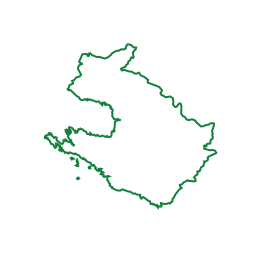 map outline of Liaoning (orthographic projection), rotated 63°
{"feature_id": "CHN-1813", "entity_name": "Liaoning", "entity_type": "Province", "adm_level": 1, "iso_a3": "CHN", "parent_name": "China", "parent_adm1": "", "projection": "orthographic", "projection_center": [122.279, 41.097], "detail": "fine", "context": "isolated", "style": "outline", "palette": "green", "viewbox_px": 256, "rotation_deg": 63, "n_neighbors": 0, "source": "natural_earth", "source_scale": "10m", "svg_char_len": 5934}
<svg xmlns="http://www.w3.org/2000/svg" viewBox="0 0 256 256"><g transform="rotate(63 128 128)"><path d="M213.1,134.4L211.7,136.1L212.7,137.4L210.9,137.7L209.9,137.0L209.6,137.2L209.3,139.0L207.4,139.5L207.1,140.8L206.2,141.0L206.1,142.2L203.1,141.8L202.2,142.9L196.5,145.7L196.3,146.6L197.1,147.8L197.0,148.2L194.3,148.4L193.3,147.5L191.0,150.6L189.5,151.4L188.8,153.4L187.1,154.0L185.3,155.4L184.8,156.5L180.1,160.9L180.2,163.5L178.6,166.1L174.2,169.5L173.4,168.9L172.6,169.7L170.8,170.4L169.7,169.4L168.3,170.0L166.3,169.5L165.4,170.2L164.1,169.8L162.1,168.3L162.4,166.9L161.8,167.4L160.8,171.4L160.1,171.9L159.6,171.2L158.8,171.0L156.7,173.4L156.2,172.7L156.4,170.1L155.9,170.3L156.0,170.6L155.6,171.3L153.8,171.8L152.7,170.6L152.3,171.0L152.2,170.4L151.8,170.9L152.6,172.5L151.1,172.5L151.0,172.8L152.7,174.0L151.5,175.0L149.1,175.5L148.6,174.7L147.3,175.2L146.1,175.0L145.3,175.5L145.7,176.0L144.9,177.3L144.4,177.0L142.6,177.5L142.0,177.1L140.2,179.0L137.9,180.4L136.9,180.0L135.4,182.1L134.7,181.5L134.5,182.5L132.4,183.8L130.5,184.0L127.8,186.0L127.2,187.1L126.8,186.9L126.5,188.1L123.3,190.9L123.0,192.3L124.5,192.7L123.6,192.9L121.5,194.3L121.4,195.6L120.0,195.5L118.8,196.4L117.8,195.9L117.4,196.2L118.1,196.5L118.3,197.3L115.9,196.3L116.1,197.1L117.6,198.2L117.0,199.2L116.4,199.3L115.5,198.4L114.5,196.8L113.2,196.5L113.1,196.9L113.6,197.5L112.1,197.2L110.9,197.7L111.5,197.8L111.4,198.7L109.7,199.5L112.4,200.5L112.7,201.7L112.5,202.1L111.9,201.8L111.4,202.2L108.8,202.2L107.0,203.8L103.4,203.6L101.9,204.4L100.6,204.1L100.1,204.8L100.8,204.8L99.1,206.6L98.4,206.4L97.4,205.0L98.1,204.3L97.4,202.7L97.5,202.1L98.5,201.1L98.4,200.7L96.8,200.5L97.6,199.3L99.2,198.9L100.2,199.4L102.1,198.5L103.2,198.5L103.2,196.6L104.2,196.0L105.0,196.2L105.6,197.0L106.6,197.0L111.9,194.6L112.4,193.6L112.1,193.0L111.1,191.7L109.9,191.2L110.3,190.9L110.1,190.2L110.9,189.7L109.8,188.8L110.4,188.4L111.3,188.8L112.1,188.4L113.6,187.2L113.5,186.6L114.7,185.3L116.2,185.5L118.9,184.4L118.6,183.8L116.5,184.7L112.9,184.4L113.1,185.3L108.2,185.4L107.4,184.6L106.6,181.8L106.0,180.7L103.9,180.2L102.6,180.9L100.9,180.4L100.5,179.9L102.7,177.7L106.3,177.1L106.9,176.6L106.7,176.1L107.6,175.9L108.3,177.1L108.5,176.9L108.6,176.4L108.3,175.9L108.9,175.1L108.6,174.6L107.8,174.5L106.6,172.7L107.3,172.2L106.9,170.7L107.9,170.2L108.6,169.0L110.6,168.7L111.2,167.9L112.4,167.0L114.7,167.1L115.6,165.6L117.2,164.8L117.2,163.9L116.0,163.7L117.4,163.1L118.6,161.9L118.7,161.1L120.3,160.4L120.6,159.3L120.2,158.3L121.4,158.0L122.7,157.0L123.1,155.8L123.1,154.3L125.8,151.9L125.6,150.4L126.7,150.3L126.8,149.5L127.7,148.9L128.0,147.9L127.4,146.5L126.1,145.4L124.2,144.5L123.9,143.9L124.7,142.9L124.8,141.8L124.5,141.3L123.5,142.0L121.7,139.8L116.8,137.0L116.2,133.1L117.0,132.5L117.4,131.8L117.2,131.5L114.9,133.5L115.0,134.4L114.0,136.4L109.9,136.6L108.3,135.3L106.7,135.1L106.2,134.2L104.5,133.3L103.0,134.6L102.3,134.5L102.0,133.9L101.6,134.4L101.1,133.7L99.9,133.8L97.5,135.8L97.5,136.9L97.1,137.2L97.2,137.7L96.7,137.9L96.2,136.9L95.0,136.9L94.5,137.6L94.7,138.3L93.8,139.3L93.9,139.8L95.3,139.9L95.9,140.5L94.5,140.8L93.9,141.4L91.0,141.9L90.3,144.4L87.2,146.9L86.7,148.1L85.3,148.7L85.1,150.1L83.8,150.8L83.8,151.6L84.9,151.4L84.9,152.0L82.7,153.2L82.7,155.8L81.8,157.0L80.9,157.6L77.7,158.0L76.5,159.1L68.5,161.9L67.6,162.5L67.5,163.8L65.9,164.1L65.3,162.6L63.9,161.5L63.3,160.6L63.4,156.8L62.5,156.4L60.7,156.6L60.8,154.4L59.5,151.1L60.1,147.7L59.2,145.6L52.4,145.7L51.1,144.7L49.9,142.6L50.1,140.0L49.4,139.9L48.2,141.1L46.8,141.5L41.6,135.2L43.2,131.2L43.7,131.0L45.1,131.4L45.9,130.7L45.8,129.9L43.9,128.8L44.2,127.8L46.5,127.1L49.9,124.2L51.3,122.4L51.7,121.1L55.1,117.8L55.6,116.7L55.9,115.0L55.7,113.0L55.1,109.8L54.2,108.4L54.0,104.5L54.2,102.5L54.9,101.5L54.8,98.3L56.0,96.3L56.2,94.5L56.0,93.8L54.8,93.1L53.2,90.7L53.8,89.4L55.5,87.6L58.7,86.5L59.9,84.2L61.6,85.6L61.7,86.9L62.4,87.9L62.8,89.4L67.6,90.9L67.8,91.8L66.7,92.7L66.7,93.2L68.6,95.4L68.8,97.5L70.7,98.8L70.9,100.7L72.1,102.3L72.0,107.2L73.6,107.5L74.1,107.1L74.7,104.7L77.8,101.7L79.6,99.1L82.7,97.1L83.6,95.1L83.5,93.8L83.7,93.1L87.0,92.7L89.7,90.5L94.0,88.3L94.5,88.3L95.4,89.5L96.5,89.8L105.6,81.5L109.7,80.6L110.4,81.0L111.6,83.2L113.9,83.2L114.8,82.2L117.7,80.5L119.1,76.1L121.8,74.5L125.3,75.7L127.6,77.3L130.4,76.6L131.0,76.0L131.2,75.3L129.5,71.6L129.6,70.6L130.2,70.1L132.3,70.3L133.5,70.8L139.2,74.1L142.4,73.7L144.1,72.3L146.6,72.1L148.4,70.7L149.3,67.0L151.2,65.2L152.2,64.6L153.5,64.7L159.9,62.2L160.8,59.1L160.6,58.1L161.6,54.3L161.3,52.8L161.6,51.5L162.8,49.4L164.2,49.9L169.3,54.8L171.2,54.9L172.7,56.3L174.0,56.3L175.7,57.3L176.3,59.8L179.1,61.7L178.1,64.6L178.5,65.6L179.7,66.3L178.4,67.5L178.5,68.5L180.0,68.6L180.9,69.5L184.4,65.9L185.4,64.5L185.8,62.8L187.5,60.9L190.1,60.5L190.4,61.0L190.1,69.2L190.6,70.5L192.1,70.8L192.7,71.5L193.1,73.4L192.4,75.5L193.8,75.6L194.7,77.0L196.0,78.0L196.3,80.9L199.0,83.7L198.9,84.7L198.3,85.2L198.3,86.0L201.0,87.2L201.0,89.3L202.0,91.5L203.7,91.1L206.0,91.9L205.5,93.4L204.4,95.3L203.6,96.1L203.1,97.5L201.6,98.6L201.9,99.9L201.6,102.8L202.7,105.4L202.2,107.6L203.9,108.1L205.8,107.5L206.2,110.6L208.9,116.3L210.8,118.5L211.2,120.3L213.7,121.9L213.7,123.9L214.4,124.9L213.3,126.0L213.3,127.3L212.6,129.6L209.9,132.8L210.5,133.2L212.7,133.3L213.1,134.4ZM105.6,181.8L106.3,182.6L105.4,182.9L105.9,183.7L105.6,185.1L103.4,185.0L104.5,183.4L104.1,182.7L103.5,182.9L102.3,184.5L101.4,184.5L101.6,183.1L102.7,182.6L103.5,181.5L105.6,181.8ZM137.9,188.9L135.3,189.0L134.0,188.6L133.3,187.8L136.8,188.4L137.9,188.9ZM128.6,192.1L129.4,191.1L130.6,190.5L130.3,191.4L130.6,192.3L128.9,192.7L128.6,192.1ZM145.0,180.5L145.1,179.6L145.6,179.3L146.9,180.0L146.6,180.7L146.0,181.1L145.4,181.0L145.0,180.5ZM150.6,194.4L151.0,195.7L150.1,196.5L149.7,196.0L150.2,195.3L149.7,194.8L150.6,194.4ZM136.6,189.8L138.7,189.6L139.3,189.7L138.9,190.6L138.0,191.2L138.2,190.2L136.6,189.8Z" fill="none" stroke="#15803d" stroke-width="2"/></g></svg>